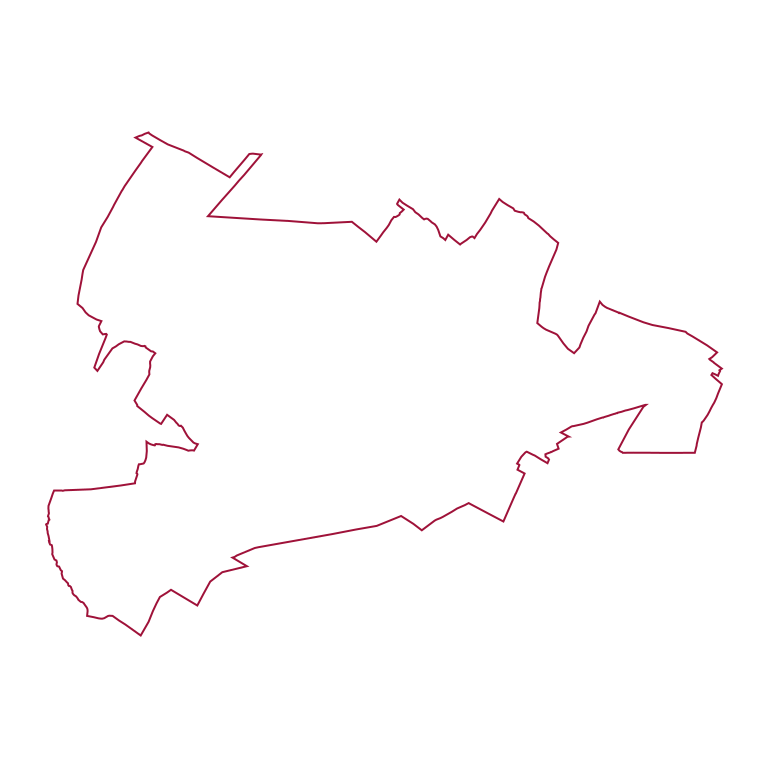 outline of San Pedro Cholula, Puebla, Mexico
{"feature_id": "50627088B56415606246768", "entity_name": "San Pedro Cholula", "entity_type": "district", "adm_level": 2, "iso_a3": "MEX", "parent_name": "Mexico", "parent_adm1": "Puebla", "projection": "robinson", "projection_center": [-98.345, 19.072], "detail": "fine", "context": "isolated", "style": "outline", "palette": "rose", "viewbox_px": 768, "rotation_deg": 0, "n_neighbors": 0, "source": "geoboundaries", "source_scale": "gbopen_adm2", "svg_char_len": 6032}
<svg xmlns="http://www.w3.org/2000/svg" viewBox="0 0 768 768"><path d="M94.3,367.6L97.4,370.9L103.2,362.3L104.3,359.7L112.4,348.4L115.9,346.4L118.7,344.3L124.2,341.4L126.4,341.5L129.1,341.9L130.5,341.9L135.0,343.7L137.5,344.4L140.8,345.9L142.2,346.1L143.6,346.1L144.6,345.9L145.5,346.4L145.6,347.4L151.1,351.3L152.9,351.5L155.3,353.3L152.9,356.2L150.1,361.5L150.1,363.8L150.3,365.1L150.2,367.2L149.3,370.6L149.2,371.9L149.4,374.4L146.4,379.9L141.3,388.4L134.5,400.5L137.2,404.9L137.2,406.0L144.4,411.8L148.8,415.6L152.2,418.1L160.1,423.5L161.1,423.9L167.1,414.8L174.1,419.9L176.3,422.7L177.4,423.7L178.6,425.4L179.5,425.9L180.3,426.0L180.9,425.7L182.8,427.6L184.3,430.6L186.1,433.8L187.4,436.0L188.9,437.9L193.5,442.6L195.1,443.4L197.8,444.2L194.0,450.6L192.9,450.3L190.1,450.4L188.3,450.7L186.7,450.0L183.2,448.7L178.6,447.4L167.5,445.8L163.1,444.7L162.3,444.9L159.5,444.2L157.7,444.2L156.1,444.0L155.3,444.2L155.2,444.9L154.8,445.4L153.0,445.0L151.0,444.4L148.7,443.3L146.5,441.7L146.8,451.1L146.2,457.6L145.4,460.3L144.4,462.5L143.6,463.5L140.3,464.2L138.9,464.3L138.4,465.7L137.7,469.1L136.8,471.7L136.6,472.7L136.5,473.2L137.2,473.7L137.4,474.5L135.1,481.4L135.0,483.3L120.7,485.5L91.0,489.3L64.8,490.3L62.8,490.8L61.5,490.5L54.1,490.5L52.8,493.6L51.4,497.8L48.5,505.9L48.4,508.6L48.6,510.1L48.7,512.1L48.9,512.8L48.9,513.5L48.2,515.5L48.0,516.4L48.6,517.1L48.8,518.4L49.4,519.5L49.3,519.9L48.7,520.1L47.8,523.6L46.4,524.0L46.1,524.5L47.2,526.8L47.0,529.0L47.6,531.3L47.7,533.1L48.5,535.8L49.4,540.5L49.5,541.3L49.0,541.2L49.2,542.3L50.1,544.5L51.7,545.1L52.0,546.0L52.4,549.1L52.5,552.7L52.2,554.1L54.5,559.5L56.4,560.5L56.7,561.5L56.9,562.7L56.6,563.5L56.5,564.7L57.3,566.2L59.1,566.6L60.8,570.2L62.0,571.2L61.9,572.1L61.6,573.6L63.0,578.6L65.0,580.2L67.0,582.4L68.0,583.3L68.3,585.2L68.8,585.9L69.8,586.0L70.9,587.0L71.9,589.8L72.5,590.8L72.5,592.9L73.2,594.1L74.2,595.2L76.1,596.4L77.8,598.6L78.2,599.6L79.9,601.1L80.9,601.9L82.3,602.1L83.7,603.1L84.3,604.1L86.6,607.3L87.2,608.4L87.5,609.6L87.6,611.1L87.1,615.9L93.8,617.2L98.4,618.3L100.4,618.6L102.1,618.7L104.2,618.2L108.0,616.0L109.3,615.7L112.6,615.9L119.0,620.5L125.3,624.5L140.7,635.5L148.6,621.8L152.9,611.1L156.5,603.4L159.9,597.0L167.0,592.6L171.0,589.8L197.3,605.5L203.5,593.8L210.2,581.6L222.3,572.2L246.9,566.2L232.5,557.6L234.7,556.9L236.8,555.5L254.8,548.0L258.5,547.2L332.2,534.1L356.0,529.5L376.7,525.9L401.1,516.0L413.3,523.8L421.8,530.3L434.7,520.6L436.3,519.7L440.4,518.1L442.8,516.9L451.8,511.8L457.1,508.5L464.9,505.1L468.6,503.1L488.4,513.6L503.4,521.5L513.7,497.9L515.6,493.7L515.8,493.6L524.6,473.5L517.5,469.7L519.4,465.0L519.3,464.8L517.1,463.6L521.3,456.8L525.3,452.5L526.6,451.7L527.0,451.8L533.0,454.8L534.7,455.5L540.6,459.2L547.5,463.2L549.0,459.6L548.8,459.4L548.3,458.4L545.6,456.7L545.4,454.3L547.2,453.5L550.3,452.4L550.9,452.0L551.1,452.1L552.0,451.7L552.9,451.2L558.6,448.7L557.0,443.9L567.6,436.7L568.7,436.6L560.9,432.5L566.3,429.6L571.3,426.6L572.3,426.2L573.5,426.1L583.5,423.9L587.4,422.7L596.9,419.3L602.6,417.5L603.2,417.6L604.1,417.1L608.8,415.7L610.4,415.1L614.2,413.9L615.5,413.6L616.5,413.1L617.4,413.1L617.7,412.7L621.5,411.8L625.4,410.5L627.4,410.1L634.0,408.3L645.2,404.9L645.9,404.9L643.4,406.8L628.8,429.5L618.3,449.4L619.5,450.8L620.9,451.7L622.2,452.2L622.7,452.8L633.8,452.7L659.0,452.8L660.0,452.9L694.8,452.8L696.6,445.7L696.8,443.9L698.3,437.5L700.9,427.4L701.8,422.4L702.2,422.2L703.7,420.6L707.6,414.9L709.5,411.4L711.1,408.1L712.8,405.0L714.2,402.7L716.3,398.2L718.0,393.6L721.9,384.2L715.5,378.7L711.4,375.0L712.5,373.2L715.7,374.6L718.0,375.8L718.7,373.8L720.1,371.0L719.9,370.6L719.5,370.2L721.8,368.6L714.1,362.9L713.6,362.3L709.9,359.7L709.3,359.0L712.1,357.2L717.1,352.4L707.0,345.3L692.6,336.5L687.3,333.5L685.6,331.8L668.6,328.1L652.4,325.0L643.5,322.3L628.5,316.5L619.3,312.7L619.0,313.1L618.8,313.0L618.3,312.5L607.0,307.9L605.1,306.8L602.5,304.9L599.8,301.6L595.5,313.3L594.5,314.6L588.5,325.8L586.5,331.5L583.3,337.7L580.5,344.3L579.4,347.5L574.1,353.2L567.9,348.8L563.4,343.4L557.9,335.6L557.1,334.7L555.6,333.8L546.1,329.7L543.6,328.2L541.7,326.8L537.3,323.1L539.3,308.2L539.5,305.4L539.6,302.6L540.0,300.9L540.1,299.0L540.4,297.6L540.8,292.9L541.3,289.7L541.3,288.9L541.8,287.8L545.0,276.9L546.7,272.4L549.1,266.4L556.4,249.6L558.2,242.9L553.8,239.4L550.1,236.2L548.1,233.9L547.6,233.7L546.9,233.1L538.9,225.6L533.7,221.5L528.3,218.1L527.7,216.6L526.8,215.7L524.6,214.3L524.0,212.9L523.6,212.6L522.2,212.3L521.3,212.2L520.8,212.3L518.3,211.8L514.7,210.7L513.3,208.4L507.7,205.2L502.7,202.0L499.2,199.0L492.0,210.6L490.6,213.5L485.2,222.6L480.1,230.0L476.9,234.1L474.5,238.1L472.6,236.5L472.0,236.5L470.0,237.2L466.6,240.0L461.0,243.7L460.1,244.5L454.3,239.9L448.2,234.7L445.3,240.0L443.3,238.2L440.4,236.4L438.2,229.9L436.6,226.6L434.9,224.4L431.5,222.2L431.0,221.6L427.8,218.9L426.6,218.6L425.1,218.9L424.1,219.4L422.3,218.0L418.5,214.4L415.3,212.2L413.0,209.2L407.0,205.6L402.5,202.7L399.4,199.6L397.1,203.8L397.2,204.2L398.0,205.1L403.7,209.6L401.9,211.4L399.8,213.1L399.6,214.5L398.8,215.2L397.0,216.3L395.6,217.0L394.0,216.9L391.3,220.3L388.8,225.0L386.8,227.8L383.2,232.3L380.8,235.7L376.4,241.7L365.0,232.1L358.0,226.7L351.9,221.8L323.9,223.2L318.1,223.3L287.8,220.9L287.4,220.9L260.7,219.5L208.0,216.2L221.7,200.3L234.7,185.7L238.9,180.7L244.2,174.9L261.0,155.0L261.3,154.5L260.9,154.6L253.4,153.7L251.9,153.7L249.3,154.0L244.5,159.8L233.9,172.2L229.7,177.3L213.1,167.5L196.9,157.8L188.6,152.6L184.9,151.3L183.5,150.5L182.4,150.1L167.8,144.4L160.3,140.2L152.1,135.4L149.3,133.5L148.9,133.0L148.6,132.5L144.8,133.8L141.7,135.4L139.5,135.9L135.5,137.6L152.4,147.0L142.0,161.1L141.0,162.7L135.3,170.7L124.6,186.2L122.1,190.5L121.9,190.6L114.0,205.0L113.1,206.9L107.7,216.9L101.2,227.4L96.0,241.9L83.2,270.0L82.5,273.9L81.6,279.8L78.5,295.5L77.5,303.9L82.5,308.0L85.6,312.4L88.7,315.3L96.5,319.5L101.4,321.1L99.0,325.9L98.8,326.7L99.4,329.2L100.1,331.3L102.8,334.4L105.1,334.0L106.2,333.9L106.8,334.6L105.6,337.9L99.1,353.9L94.3,367.6Z" fill="none" stroke="#9f1239" stroke-width="2"/></svg>